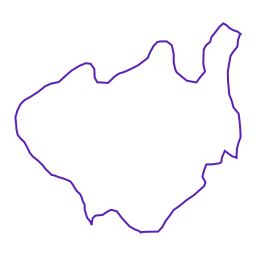 outline of Jalilabad District, Cəlilabad, Azerbaijan
{"feature_id": "54616110B78302808254353", "entity_name": "Jalilabad District", "entity_type": "district", "adm_level": 2, "iso_a3": "AZE", "parent_name": "Azerbaijan", "parent_adm1": "Cəlilabad", "projection": "equal_earth", "projection_center": [48.474, 39.245], "detail": "fine", "context": "isolated", "style": "outline", "palette": "violet", "viewbox_px": 256, "rotation_deg": 0, "n_neighbors": 0, "source": "geoboundaries", "source_scale": "gbopen_adm2", "svg_char_len": 1673}
<svg xmlns="http://www.w3.org/2000/svg" viewBox="0 0 256 256"><path d="M240.6,34.1L237.7,31.7L233.0,30.1L229.4,28.0L226.4,25.1L223.3,23.4L219.4,26.9L214.9,32.8L211.4,37.1L210.1,41.9L205.9,45.4L203.7,49.9L203.5,55.8L203.3,64.0L205.0,71.6L200.4,76.9L196.3,82.5L186.6,80.6L181.3,76.2L176.7,72.4L175.0,68.8L173.7,61.7L173.7,53.9L171.8,45.2L166.8,41.4L160.1,41.4L157.3,42.1L153.6,45.9L149.8,52.8L147.8,57.9L138.5,65.0L132.9,68.0L125.2,71.6L118.7,73.7L114.2,76.9L108.1,82.9L97.3,82.3L94.7,77.7L94.3,68.8L91.3,64.8L90.6,63.8L85.7,63.2L78.8,66.1L71.4,70.7L65.6,75.8L58.7,82.1L51.2,83.6L45.4,86.1L38.5,91.6L30.5,96.8L24.7,100.0L21.2,103.4L20.3,104.6L17.3,110.7L15.4,117.6L16.1,123.7L16.5,129.8L17.7,134.8L20.1,138.0L24.3,142.1L27.3,147.5L29.5,152.3L32.7,156.4L38.3,160.9L42.6,165.1L45.3,168.7L49.3,172.6L51.7,175.0L54.3,175.4L58.8,177.2L62.3,178.1L70.1,181.2L72.6,184.3L74.7,187.9L76.8,191.0L80.2,194.3L81.5,196.9L82.8,201.3L84.6,204.4L84.7,209.8L87.1,217.7L90.1,221.3L91.8,225.1L91.8,222.5L92.8,218.0L95.5,215.6L102.6,214.9L107.7,211.4L111.2,209.8L116.9,211.3L122.0,218.2L126.1,222.7L129.5,226.3L134.7,229.4L138.8,230.9L141.0,232.6L141.5,232.0L150.0,231.7L158.1,231.6L162.4,227.0L165.4,221.3L170.0,215.3L173.6,210.0L180.2,205.4L186.0,200.5L194.4,194.8L198.4,191.1L204.1,186.1L205.5,182.3L202.4,176.7L204.2,170.0L206.4,164.4L211.8,164.4L219.4,163.3L221.3,162.1L221.8,157.9L224.8,150.9L232.2,156.3L236.6,157.8L236.5,155.9L237.0,148.6L238.2,143.8L240.6,137.0L240.3,129.9L239.6,121.2L238.6,113.6L233.5,107.5L231.8,101.1L229.2,94.3L228.0,80.3L227.8,71.7L229.2,63.0L230.6,55.8L233.1,51.9L237.4,46.6L238.1,39.7L239.9,34.6L240.6,34.1Z" fill="none" stroke="#5b21b6" stroke-width="2"/></svg>